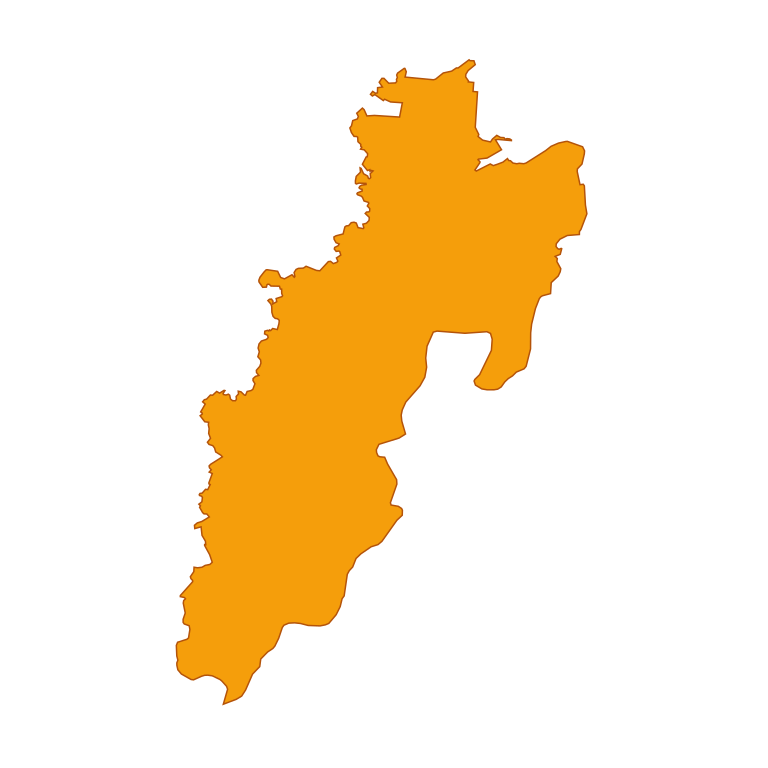 outline of Yen Dinh, Thanh Hóa, Vietnam, rotated 93°
{"feature_id": "81297802B9474885125507", "entity_name": "Yen Dinh", "entity_type": "district", "adm_level": 2, "iso_a3": "VNM", "parent_name": "Vietnam", "parent_adm1": "Thanh Hóa", "projection": "robinson", "projection_center": [105.598, 20.008], "detail": "fine", "context": "isolated", "style": "filled", "palette": "amber", "viewbox_px": 768, "rotation_deg": 93, "n_neighbors": 0, "source": "geoboundaries", "source_scale": "gbopen_adm2", "svg_char_len": 6129}
<svg xmlns="http://www.w3.org/2000/svg" viewBox="0 0 768 768"><g transform="rotate(93 384 384)"><path d="M136.7,198.1L132.1,213.6L132.3,215.2L134.3,222.4L137.9,229.6L142.4,234.7L155.9,253.7L156.7,256.0L156.5,260.5L157.1,262.9L156.6,266.8L154.4,269.4L154.3,271.2L152.4,272.5L156.2,276.8L158.5,282.0L160.2,286.3L158.7,289.4L166.5,303.0L165.5,304.4L157.9,299.8L157.0,299.8L155.1,301.9L154.5,301.5L153.0,292.9L143.9,278.9L134.3,285.5L133.8,282.9L134.3,269.5L133.7,269.5L132.7,271.2L132.5,274.0L133.2,275.8L131.7,277.1L131.7,280.5L129.8,284.4L133.7,288.5L136.7,290.3L135.3,298.3L131.9,303.0L129.9,302.4L122.9,306.3L87.4,305.9L87.2,310.4L78.2,310.2L77.9,315.6L77.1,315.4L73.1,318.5L70.5,318.5L66.6,316.4L60.3,309.6L56.5,311.1L56.6,315.1L55.8,316.0L64.5,326.5L64.6,328.3L68.0,332.8L70.3,341.1L76.9,348.5L77.6,350.6L76.4,379.0L71.0,378.1L67.8,379.6L67.7,380.3L72.8,386.7L74.8,387.5L77.3,386.7L79.1,387.5L81.1,387.1L82.7,388.2L83.4,395.0L78.8,400.0L78.9,402.1L82.9,404.6L87.5,401.1L88.4,405.9L93.6,405.8L94.1,407.7L92.4,410.6L95.4,412.7L97.0,410.7L95.5,408.2L101.0,399.5L99.6,398.3L102.0,392.2L102.2,380.4L116.6,382.4L116.3,407.6L117.2,415.1L111.1,418.2L109.6,420.0L115.0,425.4L118.2,423.6L120.7,424.5L122.6,429.0L127.9,430.0L130.1,431.5L134.6,429.7L138.3,426.9L138.3,424.2L138.9,423.2L143.4,422.7L145.9,419.7L147.7,419.7L148.7,418.6L150.7,419.7L151.2,416.0L154.9,412.4L157.9,412.6L158.2,413.7L165.7,417.1L171.7,411.7L170.7,409.3L172.3,409.1L171.4,407.6L171.8,406.1L174.7,408.8L178.6,408.1L179.8,409.3L179.5,410.3L177.2,411.2L175.1,415.4L169.9,418.1L169.4,419.2L173.7,418.6L178.1,422.6L182.6,423.2L185.1,423.0L185.7,422.1L184.7,419.4L184.6,412.5L185.7,412.3L186.6,416.7L187.8,418.5L189.4,419.2L190.5,417.8L190.7,416.1L192.4,415.9L194.5,420.5L195.5,421.0L196.4,420.3L197.6,416.5L198.7,415.3L202.3,413.5L203.4,409.2L204.2,408.6L207.1,410.0L209.6,407.4L212.2,407.4L212.9,408.1L213.2,410.5L214.7,411.7L218.4,407.4L221.5,407.5L224.4,410.0L225.5,413.5L229.1,412.3L229.9,412.9L229.2,418.1L224.7,420.1L224.0,422.4L224.6,425.2L227.7,427.6L228.1,430.0L229.2,431.3L236.3,432.7L238.5,439.7L239.8,441.7L242.1,441.4L245.4,439.3L246.5,436.1L248.3,437.0L250.2,440.4L251.8,440.7L254.1,438.7L253.6,436.0L254.2,435.1L257.5,433.9L260.6,438.1L263.7,436.5L265.0,437.5L266.4,440.9L264.3,443.8L264.7,446.0L274.3,454.0L274.1,457.4L270.5,468.0L272.5,470.6L273.0,475.6L274.2,477.8L277.4,479.6L281.4,478.6L282.1,479.2L279.7,481.6L284.2,488.9L283.0,492.8L277.0,496.1L276.0,506.6L276.2,507.7L278.1,509.4L283.8,513.4L286.9,514.4L288.6,514.2L293.8,510.2L293.4,506.5L291.1,506.1L290.4,505.2L290.5,503.8L292.1,502.0L291.8,493.5L294.6,492.5L294.6,491.2L298.9,490.9L301.2,489.9L302.1,490.5L304.3,496.2L307.4,495.4L309.8,499.2L307.1,499.2L305.1,500.8L305.4,502.9L306.8,504.3L310.0,501.2L312.4,500.2L318.4,499.7L322.3,498.3L324.2,496.1L324.4,493.8L325.3,492.6L326.1,491.9L329.3,492.1L335.2,493.4L334.4,498.1L336.6,500.0L336.0,501.3L337.1,501.8L336.5,503.2L337.5,505.8L340.2,505.9L341.5,502.8L343.7,502.1L345.5,503.6L347.5,508.7L350.5,510.9L354.7,511.6L358.4,510.2L363.4,511.4L366.4,508.5L369.6,508.0L372.9,509.0L377.0,512.2L379.3,511.9L382.0,509.4L383.1,512.7L385.4,515.0L387.4,515.0L390.5,512.9L396.2,514.7L397.5,516.4L398.6,520.3L402.5,521.7L402.4,522.8L399.3,526.4L398.8,529.2L401.6,528.8L404.2,531.0L407.0,530.6L408.5,531.5L408.6,534.3L407.1,536.5L403.3,537.5L402.3,538.9L403.3,541.2L402.9,543.8L401.9,544.2L398.9,542.5L398.7,543.4L401.7,547.7L400.2,550.7L404.2,554.6L404.1,556.8L408.4,560.4L409.1,562.6L411.3,564.2L413.4,561.5L421.5,565.6L422.4,564.2L423.5,563.9L425.3,566.0L431.1,561.0L431.4,557.1L434.0,557.3L437.7,556.3L442.6,556.5L447.3,554.4L451.4,557.3L453.5,555.6L454.5,551.8L456.7,549.9L460.7,548.5L463.6,543.2L465.2,541.6L473.3,553.0L475.0,554.4L476.8,553.9L478.7,552.0L481.1,554.0L482.4,550.8L491.8,553.7L492.9,553.6L493.5,552.3L498.7,554.5L498.5,556.7L502.5,559.9L502.9,562.0L504.1,562.7L505.0,562.4L505.6,560.3L506.8,559.4L511.2,559.7L513.7,562.6L515.3,560.9L516.8,561.7L521.9,558.4L523.1,557.0L523.1,554.1L525.9,551.5L530.8,558.7L532.5,563.2L535.0,565.9L538.3,565.4L536.2,559.2L544.7,557.8L550.3,554.1L553.8,553.6L553.7,554.7L554.6,554.7L563.5,549.2L571.0,546.2L573.3,548.4L574.5,553.1L576.5,556.1L577.3,560.6L576.9,564.1L581.3,564.1L586.6,567.3L588.5,566.6L590.1,564.9L591.4,564.7L605.9,576.3L607.0,576.3L607.7,572.1L608.9,571.0L610.7,572.7L613.3,573.0L623.1,570.5L629.5,572.3L632.6,572.1L634.1,570.9L635.6,565.9L639.2,565.0L647.8,565.9L649.2,567.4L652.7,576.6L655.9,577.7L666.4,576.7L670.6,575.4L673.4,576.3L675.9,576.1L680.2,574.9L684.2,571.2L689.2,561.2L689.4,558.7L685.4,550.9L684.3,547.9L684.0,544.8L684.4,540.2L687.7,532.3L689.1,530.4L694.1,525.4L697.0,524.2L712.2,527.7L706.6,515.0L703.1,509.8L696.8,506.2L680.6,500.1L672.7,493.3L665.1,492.7L657.7,486.2L654.0,481.2L651.5,479.3L643.5,475.9L632.5,472.8L630.1,471.3L627.8,466.6L627.2,460.8L627.5,454.9L629.1,447.1L628.9,435.2L627.6,430.0L626.0,426.6L616.9,419.7L608.6,416.1L600.6,414.6L597.7,412.7L576.0,410.7L572.2,408.9L568.4,405.7L559.7,402.8L554.8,398.2L547.2,388.3L544.7,381.6L541.3,377.9L519.4,364.0L514.1,358.9L509.1,359.0L507.4,359.9L505.4,363.3L504.5,370.6L502.2,371.4L483.3,365.9L478.9,366.4L463.8,376.2L457.1,379.5L456.9,384.3L456.1,386.2L452.9,387.8L450.0,388.2L444.5,385.9L437.2,366.1L432.8,359.9L420.1,364.3L414.2,365.2L408.9,364.4L400.9,361.3L383.9,347.9L375.1,343.6L365.0,342.3L355.9,343.7L344.0,343.0L329.6,337.5L328.4,333.8L329.1,305.9L326.4,284.0L327.9,280.3L333.6,278.3L344.8,278.5L369.7,289.0L374.6,293.5L376.3,294.2L380.3,292.6L383.8,286.0L384.4,280.6L384.0,273.8L383.2,270.2L380.8,266.8L375.6,263.5L372.1,260.2L369.2,256.1L365.2,252.5L361.5,244.9L358.9,243.0L341.3,239.5L325.2,240.2L316.4,239.7L300.7,236.7L290.7,233.4L288.8,232.1L287.6,230.4L285.0,222.4L274.0,222.3L267.1,215.7L262.7,213.9L259.6,213.5L252.6,217.8L249.6,217.5L247.6,219.8L245.3,214.8L239.6,213.6L239.3,214.2L240.3,216.2L239.7,217.6L237.7,219.4L234.9,219.3L230.2,215.9L226.1,208.7L224.5,196.7L221.5,196.8L219.3,195.4L203.4,190.3L194.8,192.2L175.6,194.3L174.1,195.5L174.7,198.7L161.6,202.2L159.0,202.1L154.0,197.8L143.8,196.0L140.7,195.9L136.7,198.1Z" fill="#f59e0b" stroke="#b45309" stroke-width="1.5"/></g></svg>